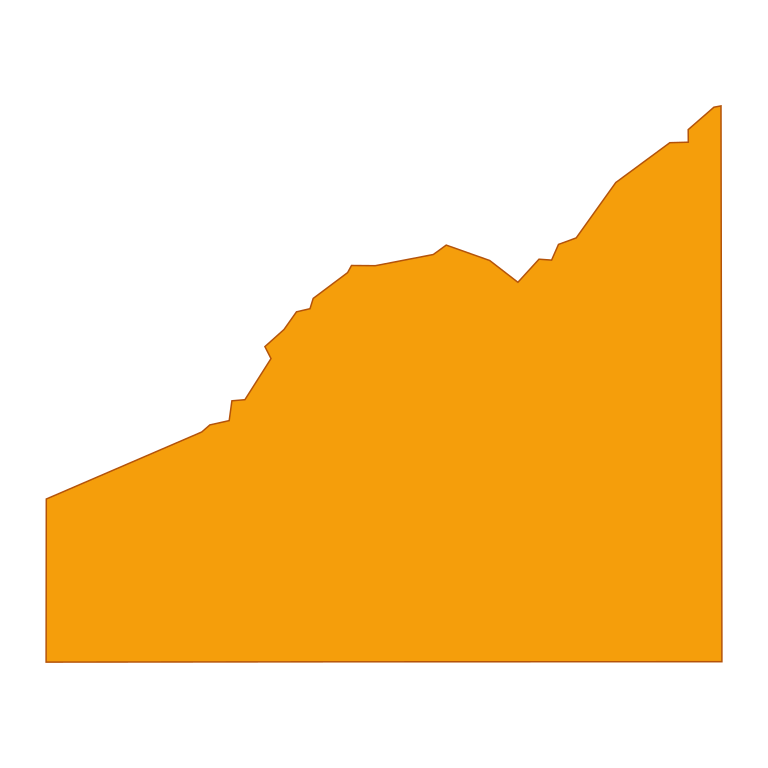 outline of Delta, Colorado, United States of America
{"feature_id": "52423323B92734550287549", "entity_name": "Delta", "entity_type": "district", "adm_level": 2, "iso_a3": "USA", "parent_name": "United States of America", "parent_adm1": "Colorado", "projection": "equal_earth", "projection_center": [-107.875, 38.943], "detail": "fine", "context": "isolated", "style": "filled", "palette": "amber", "viewbox_px": 768, "rotation_deg": 0, "n_neighbors": 0, "source": "geoboundaries", "source_scale": "gbopen_adm2", "svg_char_len": 538}
<svg xmlns="http://www.w3.org/2000/svg" viewBox="0 0 768 768"><path d="M721.0,105.9L713.9,107.2L688.2,129.6L688.3,142.2L669.8,142.7L615.8,182.5L576.2,237.9L558.5,244.4L551.6,260.1L539.0,259.2L517.9,282.3L489.7,260.5L446.2,245.1L433.3,254.5L375.3,265.7L351.5,265.5L347.6,272.6L313.2,298.4L310.0,308.7L296.5,311.8L284.0,329.5L264.9,346.6L271.0,358.6L244.9,399.7L231.9,400.8L229.2,420.6L209.9,424.9L201.7,432.0L46.3,499.0L46.1,662.1L338.4,661.8L721.9,661.7L721.9,641.6L721.0,105.9Z" fill="#f59e0b" stroke="#b45309" stroke-width="1.5"/></svg>